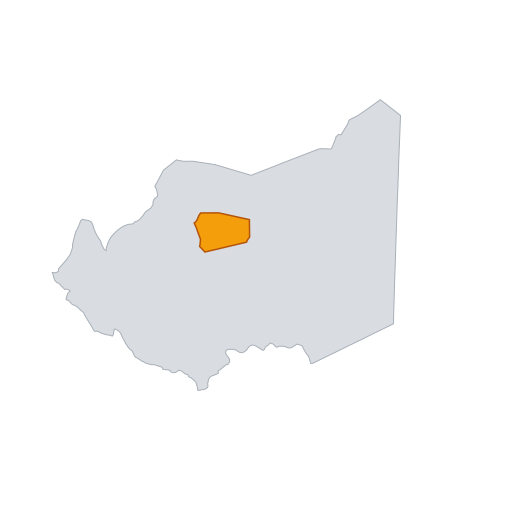 Barh-El-Gazel Nord, Barh El Gazel, Chad (highlighted), rotated 64°
{"feature_id": "50815135B23579173703051", "entity_name": "Barh-El-Gazel Nord", "entity_type": "district", "adm_level": 2, "iso_a3": "TCD", "parent_name": "Chad", "parent_adm1": "Barh El Gazel", "projection": "mercator", "projection_center": [16.657, 14.849], "detail": "fine", "context": "in_parent", "style": "filled", "palette": "amber", "viewbox_px": 512, "rotation_deg": 64, "n_neighbors": 0, "source": "geoboundaries", "source_scale": "gbopen_adm2", "svg_char_len": 4001}
<svg xmlns="http://www.w3.org/2000/svg" viewBox="0 0 512 512"><g transform="rotate(64 256 256)"><path d="M377.2,162.2L377.2,173.1L377.2,184.0L377.3,194.8L377.3,205.6L377.3,216.4L377.3,227.1L377.3,237.8L377.3,248.5L377.3,252.1L377.0,253.5L376.9,253.7L376.4,253.9L371.0,252.9L368.6,252.9L365.2,253.6L360.3,254.0L357.1,253.9L354.9,255.8L353.1,258.0L353.9,263.3L353.8,265.0L353.1,266.8L351.6,268.4L350.1,269.6L349.2,270.7L348.1,273.1L347.3,274.2L347.3,275.7L347.1,277.3L346.2,278.1L343.9,278.7L342.4,279.4L341.2,280.6L340.4,281.4L340.8,282.5L341.4,284.0L341.7,286.4L342.0,287.7L343.1,288.8L343.8,289.7L344.0,290.6L343.4,291.5L340.6,293.2L339.4,293.8L338.2,294.7L337.7,295.0L335.6,296.6L334.6,298.0L334.1,299.2L334.1,300.9L335.1,303.3L336.3,305.4L336.7,307.0L337.0,308.7L336.9,310.4L336.3,311.8L335.3,313.1L331.4,315.5L329.5,318.1L328.0,321.4L327.6,323.1L328.0,324.3L328.8,325.3L330.0,325.8L331.6,325.9L334.4,325.4L337.0,325.0L339.7,326.2L341.2,328.9L340.6,330.8L341.6,334.4L342.6,338.7L342.5,340.2L342.9,340.7L344.6,341.0L345.0,342.0L344.4,349.5L345.2,351.6L346.4,353.1L347.7,353.9L349.0,354.9L349.7,355.6L351.2,355.8L352.9,357.1L353.3,359.0L353.2,360.7L352.2,364.6L351.4,367.1L350.4,367.0L348.4,366.3L346.0,365.8L343.0,365.3L340.1,366.4L337.1,367.7L336.1,368.7L335.2,369.3L333.9,369.2L332.6,369.4L331.9,370.4L330.8,371.4L326.4,373.6L325.4,374.4L324.9,375.2L324.9,376.1L325.3,377.9L325.3,380.1L324.3,381.9L323.2,383.1L321.9,383.6L320.8,383.8L320.0,384.6L317.7,388.6L316.7,389.4L314.7,389.3L308.8,395.4L308.2,397.2L306.1,399.7L303.4,402.5L301.0,403.9L300.8,404.4L300.1,405.0L298.6,405.6L293.4,409.0L287.2,408.9L284.5,410.3L281.8,410.9L277.9,411.5L276.8,411.5L271.8,411.7L265.9,411.6L263.6,412.1L261.5,413.4L260.0,414.6L259.7,415.0L260.0,415.4L259.9,415.8L264.0,418.6L265.0,420.0L264.0,421.4L263.5,421.6L262.8,422.7L260.4,425.9L256.7,429.6L254.9,430.7L254.1,431.4L253.1,433.9L252.5,434.2L250.0,434.5L245.0,434.8L238.1,435.6L234.0,435.9L231.4,435.7L227.8,437.4L226.5,437.8L225.8,438.0L222.2,439.6L219.2,442.2L218.1,442.7L214.0,443.8L212.3,445.6L211.5,445.7L208.9,443.4L207.0,441.3L206.1,439.1L206.0,438.4L205.5,438.5L204.0,439.5L202.8,440.6L202.2,442.6L197.9,444.0L194.2,445.2L192.5,446.7L189.9,447.5L186.6,447.2L184.0,446.6L181.5,446.4L182.7,444.5L183.2,443.1L183.3,441.4L183.1,440.2L181.6,439.6L180.6,438.7L178.5,433.3L176.2,427.8L173.1,422.3L169.7,418.8L167.2,416.7L166.4,416.4L165.2,415.8L164.3,415.1L159.8,411.4L155.1,407.3L153.9,405.4L151.5,402.5L148.9,399.6L147.5,398.3L146.9,395.9L148.7,393.7L150.6,391.0L153.0,389.1L156.1,389.0L161.2,389.8L166.7,390.0L172.1,389.5L173.5,389.1L174.9,389.1L177.8,389.7L182.9,389.6L185.5,388.5L182.7,386.6L179.6,383.6L176.8,380.3L175.1,377.3L173.5,373.5L172.0,368.7L171.1,362.6L171.3,359.1L171.7,356.6L173.2,352.5L172.2,350.2L172.5,348.2L172.3,345.4L171.8,343.9L169.8,339.2L169.4,338.7L167.7,335.4L166.9,329.9L164.9,326.3L161.8,324.5L160.0,322.4L159.3,318.6L158.0,317.6L153.0,316.3L148.9,316.3L145.9,312.0L142.0,306.6L138.3,301.5L136.0,291.3L134.7,285.4L136.2,283.7L139.2,279.5L143.0,271.5L151.5,259.1L155.9,252.8L164.6,243.3L175.3,231.6L181.4,225.0L182.3,212.9L183.4,200.2L184.1,190.5L185.1,179.0L185.9,169.3L186.5,162.3L187.4,152.3L188.1,150.4L192.3,142.5L192.6,141.4L191.8,140.1L185.8,133.4L184.0,131.9L182.9,128.4L184.4,126.5L177.2,115.2L175.4,113.8L174.6,112.4L174.5,110.4L174.4,102.5L172.5,90.2L170.0,75.8L178.4,71.6L184.9,68.5L193.1,64.5L200.7,68.6L211.7,74.5L222.8,80.5L233.8,86.4L244.8,92.2L255.9,98.1L266.9,104.0L277.9,109.9L289.0,115.7L300.0,121.6L311.0,127.4L322.1,133.2L333.1,139.1L344.1,144.9L355.2,150.7L366.2,156.5L377.2,162.2Z" fill="#d9dde1" stroke="#a8b0b8" stroke-width="1"/><path d="M239.4,258.5L237.7,256.4L236.1,253.4L220.4,246.0L200.9,270.6L195.6,281.6L193.5,285.9L193.1,286.8L193.3,287.4L194.4,289.3L195.3,290.4L196.2,291.4L197.9,293.5L198.0,293.6L199.0,295.6L199.1,296.8L199.2,297.1L205.2,297.3L208.6,297.8L212.1,298.1L216.7,298.6L220.9,301.1L222.7,302.5L230.0,300.2L239.4,258.5Z" fill="#f59e0b" stroke="#b45309" stroke-width="1.5"/></g></svg>